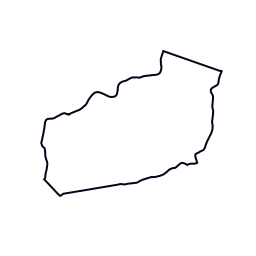 La Perle, Choiseul, Saint Lucia, rotated 203°
{"feature_id": "8701671B71036629686729", "entity_name": "La Perle", "entity_type": "district", "adm_level": 2, "iso_a3": "LCA", "parent_name": "Saint Lucia", "parent_adm1": "Choiseul", "projection": "mercator", "projection_center": [-61.02, 13.765], "detail": "fine", "context": "isolated", "style": "outline", "palette": "ink", "viewbox_px": 256, "rotation_deg": 203, "n_neighbors": 0, "source": "geoboundaries", "source_scale": "gbopen_adm2", "svg_char_len": 3740}
<svg xmlns="http://www.w3.org/2000/svg" viewBox="0 0 256 256"><g transform="rotate(203 128 128)"><path d="M50.7,123.0L50.9,123.2L51.7,124.2L52.7,125.5L54.7,127.8L55.6,129.6L55.5,130.4L54.8,131.6L54.0,132.1L52.5,134.4L50.6,136.4L49.9,137.7L49.5,139.7L49.9,143.5L49.9,146.7L49.6,152.4L49.4,154.0L49.4,157.4L49.8,159.9L50.9,163.1L51.6,164.2L53.3,166.8L53.4,167.9L54.9,173.1L56.3,177.2L58.6,180.2L60.8,186.8L61.3,188.7L62.4,190.8L63.3,191.6L65.8,193.6L66.7,195.5L66.6,197.0L65.4,198.8L62.6,202.5L62.4,204.8L62.9,206.6L63.3,207.8L63.9,212.2L63.9,216.1L64.0,217.0L64.5,216.9L65.2,216.5L125.6,212.6L125.4,211.6L125.4,210.9L125.3,210.5L125.3,209.6L125.2,208.5L125.1,207.3L125.0,206.6L125.0,206.2L124.7,204.1L124.3,203.2L123.8,202.2L123.3,201.1L122.9,200.2L122.5,199.4L121.8,198.4L121.4,198.0L121.0,196.9L120.7,196.3L120.5,195.4L120.2,194.2L120.2,193.9L120.1,192.9L120.1,192.2L120.2,191.4L120.4,190.7L120.8,190.0L121.2,189.4L121.9,188.8L122.3,188.4L123.0,188.0L123.7,187.5L124.9,186.9L125.7,186.5L126.4,186.2L126.8,185.9L127.6,185.4L128.4,184.9L129.2,184.6L130.0,184.0L130.8,183.6L131.6,183.2L132.2,182.8L132.8,182.4L133.7,181.9L134.1,181.5L134.9,180.8L135.6,180.2L136.2,179.5L136.7,179.1L137.2,178.7L138.0,178.5L138.6,178.4L140.0,177.9L141.1,177.4L141.9,177.0L142.5,176.7L143.2,176.5L143.9,176.1L144.9,175.1L145.4,174.6L145.9,173.8L146.6,173.1L147.1,172.4L147.7,171.5L148.2,171.0L149.1,170.2L149.6,169.8L150.3,169.3L150.9,168.8L151.8,167.9L152.2,167.4L152.6,166.8L153.1,165.7L153.4,164.9L153.5,163.7L153.4,163.2L153.4,162.1L153.2,161.4L153.0,160.8L152.8,160.4L152.4,159.4L152.2,158.2L151.9,157.1L151.7,156.1L151.5,155.3L151.5,154.3L151.7,153.3L152.0,152.5L152.1,152.2L153.4,151.2L154.2,150.7L155.5,150.0L156.5,149.7L157.8,149.5L160.7,149.6L163.3,149.8L166.6,149.8L167.9,149.6L168.8,149.5L170.0,149.2L170.9,148.7L172.1,147.8L172.6,147.0L173.2,146.0L173.6,145.0L174.0,144.2L174.2,143.6L174.4,142.6L174.7,141.5L175.0,140.2L175.2,139.1L175.4,138.3L175.5,136.2L175.6,135.0L175.7,134.1L175.9,133.1L176.3,132.0L176.9,131.1L177.4,130.1L177.5,129.7L178.0,128.6L178.4,127.8L179.1,126.8L179.8,125.8L180.6,124.9L182.1,123.5L186.2,119.3L187.1,118.3L187.6,117.9L188.3,117.4L188.9,117.2L189.6,117.1L189.4,117.0L191.3,116.8L191.0,117.0L191.7,116.9L192.1,116.8L192.6,116.7L193.6,115.9L194.6,114.9L196.0,113.0L198.1,110.6L199.0,109.3L199.7,108.4L200.4,107.7L201.0,107.3L201.9,106.8L203.3,106.2L204.5,105.5L205.5,104.9L206.0,104.4L206.4,103.6L206.5,103.3L206.6,102.7L206.6,102.1L206.6,101.7L206.5,101.0L206.4,100.1L206.1,99.1L205.5,97.2L204.9,95.1L204.3,92.1L203.4,88.3L203.2,87.1L202.8,84.9L202.3,82.4L202.2,80.9L202.0,80.4L201.7,79.9L201.3,79.5L200.8,79.0L200.2,78.3L199.8,77.9L199.2,77.6L198.0,77.2L197.2,76.9L196.8,76.6L196.3,76.0L195.9,75.4L195.5,74.7L195.2,74.1L194.7,73.4L194.4,72.7L194.1,71.8L193.7,71.1L193.5,70.6L193.0,69.8L192.6,69.2L191.9,68.2L191.4,67.5L190.9,67.0L190.2,66.2L189.4,65.4L189.0,64.9L188.6,64.3L188.1,63.1L187.8,62.2L187.7,61.6L187.3,60.2L187.1,59.8L187.0,59.1L186.8,58.4L186.6,57.3L186.4,56.2L186.3,55.2L186.0,53.9L185.8,53.0L185.6,52.2L185.3,51.3L184.9,50.4L184.8,49.7L184.9,49.0L185.2,48.1L166.0,39.6L163.9,39.0L161.7,42.3L116.0,71.4L115.1,71.9L114.1,72.8L113.1,73.4L112.3,73.8L110.6,74.2L109.9,74.4L108.7,75.0L107.2,76.0L106.3,76.7L104.1,77.9L100.3,80.1L98.6,81.0L97.6,82.1L96.4,83.8L95.9,84.4L94.3,86.1L92.2,87.9L91.6,88.4L90.3,89.5L88.9,90.7L87.3,92.0L86.6,92.4L84.9,92.9L82.9,94.2L82.3,94.7L80.2,96.2L78.5,97.8L77.1,99.3L75.4,102.2L74.4,104.4L73.6,106.0L72.4,107.4L70.9,108.7L70.4,109.1L69.4,109.4L68.9,109.9L68.1,111.3L66.9,114.0L66.2,115.3L65.4,116.3L64.6,117.1L63.0,117.4L61.5,117.4L60.2,117.4L59.0,117.1L58.7,117.7L57.5,118.8L56.4,119.6L52.8,121.2L51.2,122.4L50.7,123.0Z" fill="none" stroke="#020617" stroke-width="2"/></g></svg>